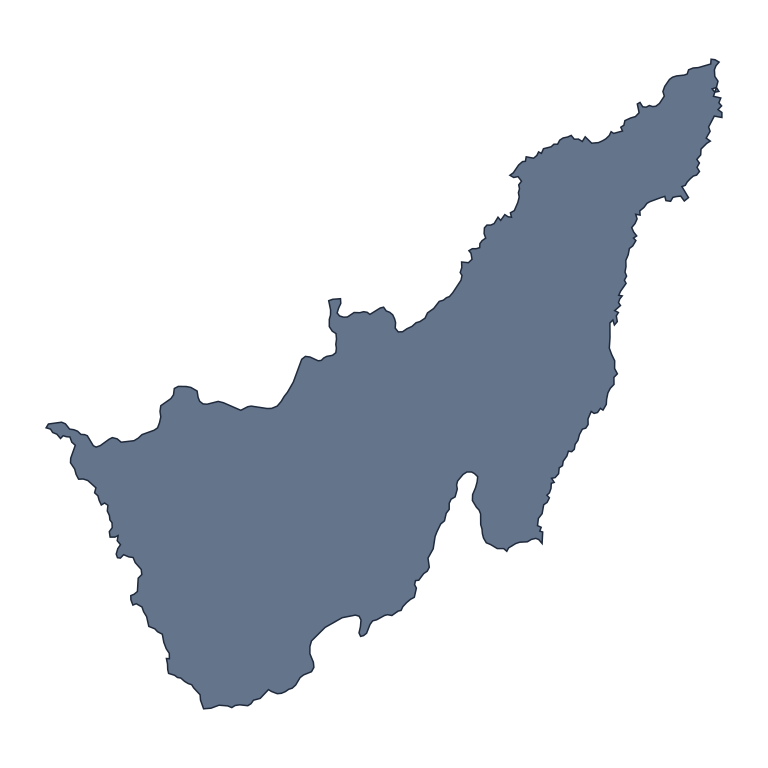 Carmo do Paranaíba, Minas Gerais, Brazil
{"feature_id": "56859067B90709796561443", "entity_name": "Carmo do Paranaíba", "entity_type": "district", "adm_level": 2, "iso_a3": "BRA", "parent_name": "Brazil", "parent_adm1": "Minas Gerais", "projection": "equal_earth", "projection_center": [-46.167, -18.877], "detail": "fine", "context": "isolated", "style": "filled", "palette": "slate", "viewbox_px": 768, "rotation_deg": 0, "n_neighbors": 0, "source": "geoboundaries", "source_scale": "gbopen_adm2", "svg_char_len": 6073}
<svg xmlns="http://www.w3.org/2000/svg" viewBox="0 0 768 768"><path d="M542.1,543.5L542.7,532.0L539.8,531.1L541.2,527.3L537.5,525.6L538.4,518.4L542.1,513.7L543.7,504.8L547.1,502.4L549.4,497.8L546.9,495.2L549.4,492.9L551.0,488.4L551.3,483.3L554.2,482.4L551.6,478.3L555.1,477.6L558.6,473.7L559.2,467.8L562.5,465.7L563.2,461.2L566.9,456.0L568.4,451.2L571.7,451.7L574.3,449.3L575.1,444.4L577.9,440.4L579.5,434.4L582.4,429.1L585.7,428.2L588.1,424.6L588.0,418.9L591.2,411.5L594.1,413.4L597.5,412.5L600.4,408.4L603.0,410.1L606.3,404.4L606.6,399.3L607.9,392.9L610.3,388.3L614.0,384.4L613.9,377.4L617.4,373.8L614.6,368.5L614.7,360.8L611.7,354.6L609.3,348.1L610.0,337.5L609.9,323.0L612.9,320.0L614.4,325.0L617.3,321.6L616.3,315.9L618.4,312.5L614.7,310.6L620.5,305.5L618.5,302.6L619.8,298.9L622.2,295.9L618.7,295.3L620.6,291.2L626.1,283.4L624.4,280.2L626.6,276.1L625.0,272.1L626.0,266.6L625.8,260.5L628.2,254.8L629.4,248.5L632.7,246.0L635.9,240.6L633.5,238.1L636.7,235.9L633.7,232.1L631.7,227.6L635.0,223.6L637.1,218.9L635.7,214.3L640.1,215.1L639.8,210.9L644.0,207.4L646.9,203.4L649.8,201.7L661.5,197.4L664.8,196.4L665.9,200.6L670.6,201.3L672.9,197.4L676.2,196.6L680.7,196.1L684.3,201.0L688.5,197.6L681.9,186.6L685.3,185.3L687.2,182.0L690.5,178.5L693.4,176.0L696.6,175.1L699.5,171.5L697.0,167.4L699.4,163.0L696.8,159.4L700.7,154.9L701.0,149.1L706.7,143.4L710.3,141.1L706.2,138.1L710.1,131.3L708.6,127.0L714.3,116.1L721.9,117.5L721.9,112.5L718.0,109.6L721.6,105.9L718.9,102.8L720.8,98.0L713.5,96.3L714.8,92.2L712.1,88.9L716.4,87.4L718.0,81.2L714.8,76.4L714.4,69.8L716.0,65.7L719.1,62.1L715.0,59.7L711.1,59.2L710.7,64.0L698.3,67.6L693.1,68.0L688.6,69.8L687.2,74.0L684.2,75.1L676.6,75.9L672.5,77.2L669.5,79.4L664.7,86.4L662.9,91.5L664.3,96.1L659.5,103.4L655.9,106.2L652.7,106.6L649.3,105.5L646.2,107.2L642.7,106.8L640.0,102.4L637.3,104.0L639.1,112.7L635.4,116.6L630.8,117.9L624.9,120.6L623.9,125.2L620.8,127.2L622.5,131.0L613.7,133.4L611.1,131.7L609.3,135.5L605.9,138.8L602.5,140.8L598.5,142.6L591.7,143.2L585.2,136.8L582.3,141.5L578.5,139.1L574.3,139.2L571.2,135.4L567.7,137.0L563.0,138.0L559.7,140.2L557.6,144.2L553.9,144.2L551.1,146.8L543.5,148.7L541.4,153.4L538.6,151.9L536.8,155.5L533.6,158.2L526.2,156.8L525.4,161.3L522.5,161.6L518.6,165.0L513.3,172.8L509.9,175.3L513.7,177.5L518.0,176.6L521.5,181.2L518.7,184.9L519.5,188.8L518.4,192.7L519.2,197.0L517.8,202.5L514.3,210.6L510.4,212.8L511.5,217.2L508.1,216.8L504.8,214.6L500.7,220.4L498.0,217.2L494.1,223.6L490.7,225.1L486.9,225.1L484.4,227.9L484.1,233.6L485.7,238.1L482.1,240.6L479.9,243.6L479.7,247.6L476.3,248.7L472.3,248.7L468.9,250.7L471.0,253.3L472.0,259.3L468.4,262.7L461.6,262.0L461.8,267.6L460.2,272.5L462.0,275.5L461.0,280.2L452.7,292.8L449.4,296.6L446.4,297.7L443.4,300.2L439.2,301.4L433.7,308.5L427.5,312.9L425.0,318.2L419.9,321.6L416.1,322.7L412.0,326.4L407.0,328.7L402.5,331.8L398.2,331.9L395.2,328.1L395.6,322.7L394.6,318.9L392.7,314.8L389.7,312.3L386.2,310.9L383.6,307.2L380.2,308.0L369.9,314.4L367.2,312.3L363.6,311.7L359.9,312.7L354.1,312.5L347.4,317.0L343.7,317.2L339.5,315.9L337.1,312.9L338.7,307.9L340.8,303.4L340.5,298.7L332.6,299.3L328.7,300.7L330.6,310.0L330.5,315.1L329.3,319.3L329.3,326.6L332.2,331.1L336.0,333.6L336.5,339.1L335.8,344.4L336.4,348.2L335.8,352.7L332.5,355.3L326.7,356.4L323.7,358.0L321.3,360.4L318.2,360.8L310.0,357.0L305.4,356.4L301.7,359.3L293.3,382.1L287.5,392.2L284.2,396.4L281.2,401.4L277.2,406.1L271.6,408.4L267.0,408.5L251.3,406.1L247.8,406.7L240.8,410.3L223.4,402.7L218.2,401.4L207.1,404.2L203.0,403.9L199.7,401.3L198.1,397.4L197.1,391.0L190.8,387.4L186.1,386.5L178.3,386.4L174.3,388.5L173.5,394.8L170.9,398.6L160.8,405.7L160.0,411.4L160.8,416.9L159.5,422.7L157.6,427.8L154.2,430.2L142.0,434.6L138.3,438.1L134.0,440.7L121.2,442.2L117.1,438.8L112.3,437.6L109.0,439.3L100.3,445.6L96.1,447.1L93.3,445.7L87.3,435.7L84.5,434.6L80.9,434.4L77.6,431.2L73.8,429.7L69.6,429.1L65.4,423.8L61.6,422.2L48.4,424.0L46.1,427.8L50.5,429.1L52.7,432.5L56.9,434.2L60.5,438.5L63.2,435.7L66.3,436.7L69.9,437.0L71.8,442.2L75.3,445.3L70.7,458.2L70.5,462.8L74.7,469.1L76.1,474.4L78.6,479.2L83.2,479.0L87.8,480.5L95.9,487.8L94.6,492.8L97.9,495.8L99.2,500.5L101.3,505.0L104.6,503.0L107.9,505.3L107.3,511.0L109.4,515.5L109.9,519.9L112.0,522.7L112.2,527.7L109.3,531.6L110.1,537.1L114.9,537.1L118.1,535.6L117.2,540.7L120.5,544.7L117.8,548.6L116.2,554.1L117.5,557.7L120.4,558.1L123.6,554.7L128.8,556.9L133.1,557.5L135.2,562.6L141.2,569.4L141.8,574.5L138.2,578.2L137.4,591.5L134.0,594.3L130.8,595.6L130.9,599.8L132.9,605.1L136.2,603.7L142.0,607.0L143.6,611.7L146.6,616.6L148.8,626.4L154.8,628.8L157.5,631.7L162.3,634.2L163.8,642.3L166.2,648.7L169.3,653.4L169.4,658.7L166.4,658.5L167.5,664.0L167.7,669.5L168.6,673.4L174.6,675.3L177.5,677.5L180.7,678.0L184.6,681.4L188.3,683.6L191.7,684.7L193.6,687.8L200.1,694.8L200.5,700.1L203.6,708.8L211.0,708.2L219.0,705.2L227.7,705.9L231.8,707.6L235.1,705.5L239.7,704.8L247.8,705.7L251.0,703.7L253.5,700.2L260.2,698.4L268.5,689.6L271.5,691.5L277.3,693.7L281.4,693.3L285.4,691.6L288.7,689.3L292.2,688.2L295.7,685.0L300.1,677.6L303.6,674.9L311.5,671.7L313.9,667.4L313.4,662.3L309.9,653.8L309.9,646.6L311.5,640.9L325.1,627.4L342.2,617.7L355.4,615.1L359.1,616.2L361.0,620.0L360.4,626.8L359.0,632.9L360.6,636.4L363.6,635.6L366.6,633.2L370.0,624.5L372.6,620.9L376.7,619.8L384.5,615.5L387.5,614.7L391.9,615.5L398.1,611.1L401.1,610.4L402.8,606.7L406.6,602.6L410.4,599.4L414.3,597.3L416.4,588.1L414.6,584.7L415.5,580.6L418.8,580.2L423.7,573.6L427.3,571.1L429.3,567.2L428.0,558.1L433.2,548.8L435.1,536.5L436.9,531.9L440.6,524.1L444.5,520.8L446.2,513.3L449.2,509.4L449.2,503.3L451.1,499.2L455.1,496.9L457.3,489.0L456.6,485.0L457.6,481.0L463.1,474.4L466.9,472.0L471.6,472.0L474.4,473.5L477.7,476.7L477.1,482.0L475.5,487.8L472.6,494.6L472.4,500.5L476.4,507.2L479.1,510.1L480.6,513.9L480.7,524.6L482.0,529.0L482.4,533.7L483.5,538.0L486.3,542.8L490.5,544.5L497.3,548.6L503.7,548.6L506.8,551.3L508.6,547.9L515.8,543.5L519.8,542.2L527.4,541.8L531.4,539.4L535.8,538.4L538.7,539.5L542.1,543.5ZM714.8,92.2L718.9,91.4L716.4,87.4L714.8,92.2Z" fill="#64748b" stroke="#1e293b" stroke-width="1.5"/></svg>